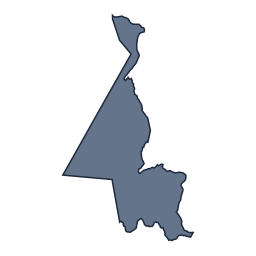 the district of São João da Fronteira, Piauí, Brazil
{"feature_id": "56859067B29331211301697", "entity_name": "São João da Fronteira", "entity_type": "district", "adm_level": 2, "iso_a3": "BRA", "parent_name": "Brazil", "parent_adm1": "Piauí", "projection": "equal_earth", "projection_center": [-41.223, -3.936], "detail": "fine", "context": "isolated", "style": "filled", "palette": "slate", "viewbox_px": 256, "rotation_deg": 0, "n_neighbors": 0, "source": "geoboundaries", "source_scale": "gbopen_adm2", "svg_char_len": 2853}
<svg xmlns="http://www.w3.org/2000/svg" viewBox="0 0 256 256"><path d="M119.7,222.1L120.7,221.2L122.0,222.2L123.2,222.5L123.2,224.3L123.6,226.1L124.9,226.2L125.2,228.0L125.6,230.1L126.1,231.4L127.3,231.9L128.8,232.0L130.2,232.3L131.4,231.5L132.7,230.6L133.7,230.1L134.6,229.3L135.7,228.5L136.4,227.6L136.5,226.1L136.8,224.6L137.2,223.0L137.6,221.1L138.7,220.1L139.9,219.2L141.3,218.5L142.4,219.9L143.3,221.2L144.0,223.0L144.4,224.3L145.3,225.3L146.6,226.2L148.0,225.9L149.2,226.7L150.6,226.3L151.9,226.5L152.8,225.8L153.6,224.6L154.2,222.5L155.7,221.9L156.6,222.4L158.1,222.5L158.7,223.7L159.2,224.8L160.1,225.6L160.3,227.2L161.5,228.0L162.9,227.6L163.5,229.6L164.5,231.3L165.0,233.0L164.8,234.7L165.6,236.0L166.7,236.9L167.4,238.1L168.1,239.1L168.9,240.3L170.5,239.9L171.8,240.6L172.8,240.1L173.7,239.4L175.0,239.4L176.6,238.6L177.4,237.3L178.1,236.0L179.5,235.3L180.9,235.3L182.5,235.1L183.5,235.7L184.5,235.4L185.5,235.7L186.7,236.4L187.7,236.4L189.0,236.7L190.5,237.2L193.2,232.5L192.2,232.3L191.2,232.7L188.3,232.2L186.5,230.9L184.2,230.3L183.3,228.1L182.5,226.7L181.7,225.0L181.5,223.3L181.8,221.2L180.9,218.7L178.8,215.2L176.3,211.9L177.7,210.1L177.9,208.7L178.8,203.3L180.6,199.9L180.9,198.5L181.0,196.7L182.8,191.0L183.0,189.2L181.0,185.5L181.4,183.7L184.8,180.7L185.7,179.2L185.8,177.5L186.0,176.3L185.7,174.9L183.0,172.9L180.2,172.3L179.0,172.2L175.9,173.0L172.6,172.1L170.3,170.7L169.2,170.7L167.4,171.3L166.4,171.0L165.0,169.3L163.3,168.6L162.4,167.4L163.0,164.5L161.9,164.2L160.9,164.4L159.8,165.2L158.5,165.6L157.5,164.7L156.2,166.2L155.1,167.4L153.8,167.9L152.4,167.3L149.7,168.8L148.2,168.7L146.9,169.4L143.7,170.3L140.2,173.4L139.0,173.1L138.5,171.6L138.7,169.7L139.3,168.6L140.5,168.4L142.5,165.8L144.1,163.5L143.0,161.0L142.1,159.5L141.9,158.3L141.5,156.7L141.4,155.0L141.4,153.5L141.0,151.8L142.0,150.8L142.4,149.2L142.5,147.4L143.6,147.4L144.1,146.0L144.4,144.7L145.9,142.8L146.6,141.7L147.9,142.2L150.4,130.5L147.9,118.9L147.4,117.3L146.2,116.6L145.3,114.6L144.2,113.5L143.3,112.2L142.1,110.7L142.3,109.0L141.5,104.5L139.4,101.2L138.8,99.8L137.5,98.4L137.1,96.0L134.9,94.4L133.8,91.1L134.6,88.9L134.3,87.5L133.5,86.1L133.5,83.9L132.4,82.9L132.2,80.8L131.3,78.5L130.0,79.3L129.0,78.7L128.1,77.3L127.5,78.7L126.5,78.9L125.5,80.6L124.0,79.0L124.4,77.7L125.9,75.6L127.4,74.0L130.5,69.8L132.1,68.4L133.7,66.0L135.7,63.6L136.4,62.4L139.2,55.7L138.9,54.1L137.1,50.6L136.8,48.4L136.7,45.9L136.8,43.4L137.2,40.3L137.7,37.4L138.1,36.1L139.7,33.3L141.5,32.6L144.2,31.8L144.5,30.2L144.1,28.4L143.3,27.6L141.8,27.4L140.5,25.7L138.8,24.2L137.8,24.3L133.3,24.2L130.8,23.1L129.6,21.4L128.3,19.0L127.0,18.2L124.0,17.2L121.8,16.1L118.4,16.8L116.8,17.0L114.8,16.9L113.4,16.4L112.5,15.4L112.5,18.9L119.6,40.3L131.1,54.0L102.2,105.1L74.1,155.1L62.8,175.1L112.1,179.5L112.8,183.8L119.7,222.1Z" fill="#64748b" stroke="#1e293b" stroke-width="1.5"/></svg>